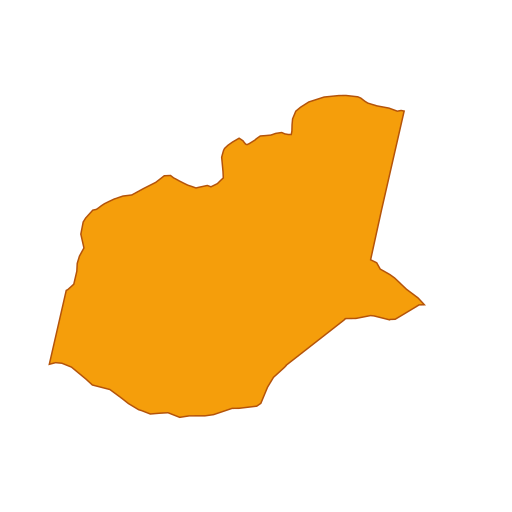 Perou, Anse-la-Raye, Saint Lucia (Albers equal-area conic projection), rotated 197°
{"feature_id": "8701671B34343071784823", "entity_name": "Perou", "entity_type": "district", "adm_level": 2, "iso_a3": "LCA", "parent_name": "Saint Lucia", "parent_adm1": "Anse-la-Raye", "projection": "albers", "projection_center": [-61.007, 13.959], "detail": "fine", "context": "isolated", "style": "filled", "palette": "amber", "viewbox_px": 512, "rotation_deg": 197, "n_neighbors": 0, "source": "geoboundaries", "source_scale": "gbopen_adm2", "svg_char_len": 1889}
<svg xmlns="http://www.w3.org/2000/svg" viewBox="0 0 512 512"><g transform="rotate(197 256 256)"><path d="M431.2,238.0L429.9,225.7L422.9,213.4L424.8,204.3L424.8,196.7L422.9,189.1L422.0,175.8L426.1,168.9L427.4,167.6L422.0,92.0L416.5,95.4L410.3,96.7L400.0,95.8L382.7,88.6L374.8,84.8L356.7,85.6L342.3,80.5L334.9,77.6L323.3,74.7L319.9,74.7L310.9,74.0L301.9,77.6L294.3,80.4L281.8,79.4L273.1,83.6L257.9,88.3L250.2,91.9L234.3,103.3L227.7,105.4L211.4,112.6L208.3,116.5L206.6,134.0L203.8,145.1L196.2,157.9L194.9,160.5L195.6,159.8L152.5,221.4L152.5,222.0L151.9,222.4L142.2,225.5L129.1,232.5L125.7,233.2L109.6,234.0L109.3,234.5L104.4,236.2L97.5,243.8L85.8,256.9L80.8,258.6L88.6,263.2L102.4,268.2L117.0,275.5L122.6,277.4L133.4,279.8L138.6,284.8L145.3,285.9L149.4,336.5L156.7,437.9L159.8,437.6L163.2,435.8L166.5,436.0L172.1,436.3L179.2,435.5L184.4,434.9L193.7,434.9L197.1,435.8L200.0,436.9L201.8,437.6L202.5,437.7L205.2,438.0L217.0,435.8L223.8,433.6L237.4,427.9L247.3,421.0L250.5,418.8L256.9,411.3L260.3,406.1L260.7,401.9L261.1,397.8L259.9,392.1L258.2,386.0L257.8,382.5L260.7,381.6L261.9,381.5L264.1,381.2L266.6,381.5L267.5,381.6L268.4,381.2L273.0,379.0L275.6,377.1L277.3,375.9L282.4,373.8L284.5,373.0L287.0,372.0L289.2,369.2L290.5,367.4L290.7,366.8L292.0,365.3L295.5,361.3L296.7,360.3L297.1,359.9L298.5,359.9L300.4,361.1L301.1,361.6L302.0,362.3L304.1,363.0L306.6,363.7L311.7,358.2L315.2,353.7L317.5,349.7L317.9,347.3L317.8,342.7L317.7,340.4L312.2,327.0L310.1,321.1L311.9,318.0L314.1,313.9L319.3,309.0L323.2,309.2L327.5,306.8L331.1,304.8L333.3,303.5L337.3,303.7L342.0,303.8L345.8,304.4L351.0,305.3L355.3,306.2L357.6,306.6L359.7,307.4L361.3,308.0L367.2,305.9L370.0,301.9L373.4,297.1L383.4,287.5L392.7,278.0L400.8,274.4L408.3,269.0L412.7,265.0L416.2,261.7L417.3,260.4L418.7,258.7L420.6,256.0L422.3,253.9L425.5,252.1L430.0,242.5L431.2,238.0Z" fill="#f59e0b" stroke="#b45309" stroke-width="1.5"/></g></svg>